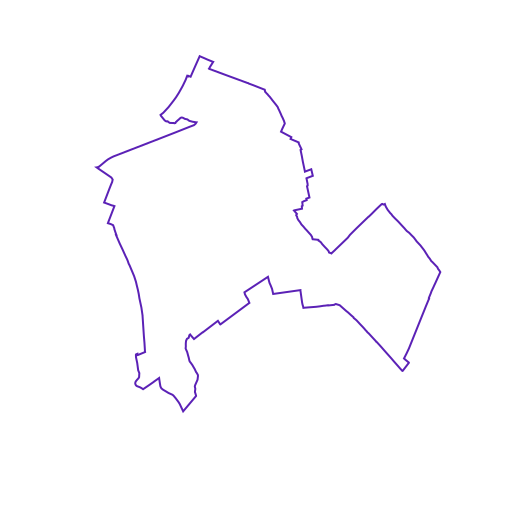 the district of Castelu, Constanta, Romania, rotated 109°
{"feature_id": "2599482B70858783646654", "entity_name": "Castelu", "entity_type": "district", "adm_level": 2, "iso_a3": "ROU", "parent_name": "Romania", "parent_adm1": "Constanta", "projection": "natural_earth1", "projection_center": [28.385, 44.29], "detail": "fine", "context": "isolated", "style": "outline", "palette": "violet", "viewbox_px": 512, "rotation_deg": 109, "n_neighbors": 0, "source": "geoboundaries", "source_scale": "gbopen_adm2", "svg_char_len": 5843}
<svg xmlns="http://www.w3.org/2000/svg" viewBox="0 0 512 512"><g transform="rotate(109 256 256)"><path d="M95.9,301.9L95.9,302.0L95.9,303.0L95.4,314.2L95.3,319.1L95.1,319.5L95.1,320.0L95.2,320.4L95.0,328.9L94.7,343.9L94.3,361.1L94.2,361.4L93.9,361.3L93.7,361.2L93.2,361.2L92.4,361.1L86.4,359.7L86.4,360.4L86.3,361.7L86.1,365.7L85.8,369.1L85.5,373.2L85.4,374.3L98.0,375.4L107.8,376.2L107.7,378.6L108.1,378.7L107.9,379.0L107.9,379.7L109.4,379.8L110.5,379.8L112.6,379.9L116.0,380.3L118.6,380.6L121.0,381.0L127.0,382.1L132.0,383.3L135.9,384.5L143.8,387.2L150.8,390.3L153.7,392.2L154.4,391.5L157.4,386.7L157.9,385.3L157.8,384.8L157.9,384.5L157.4,383.4L157.9,382.3L158.2,380.7L157.3,377.9L157.0,377.1L157.1,376.5L156.5,375.5L155.7,375.4L155.3,375.3L154.6,374.8L153.8,374.5L152.0,373.4L150.1,372.4L149.4,371.7L149.1,370.5L149.2,369.3L149.4,368.6L149.5,367.9L149.2,365.5L149.3,364.9L149.8,363.6L149.9,362.6L149.7,359.7L149.1,356.2L149.0,355.8L150.4,356.1L151.2,356.5L152.4,357.2L152.6,357.4L155.5,360.9L165.8,372.9L176.9,386.0L208.2,423.1L210.1,425.0L212.7,427.3L215.2,429.0L222.0,433.1L221.9,433.1L222.6,433.5L223.2,434.2L223.8,434.9L224.1,435.5L224.8,433.2L225.4,431.0L226.6,426.6L228.3,420.4L228.9,418.3L230.4,416.4L232.9,416.1L235.5,416.3L240.0,416.5L254.9,417.0L254.9,416.9L255.0,411.6L255.1,409.1L254.9,407.0L254.9,406.1L272.3,406.7L273.2,406.7L273.1,403.8L273.2,402.7L273.4,401.1L275.0,399.8L275.8,399.1L276.8,398.6L277.3,398.2L279.4,396.6L280.4,395.8L281.1,395.3L281.5,394.9L281.7,395.2L288.6,388.9L293.4,384.2L296.8,381.0L297.3,380.5L298.1,379.8L300.3,377.6L301.0,376.9L302.6,375.5L304.3,374.2L304.7,373.9L306.1,372.4L311.9,367.2L314.7,364.7L319.5,361.1L322.7,359.1L326.4,356.7L330.1,354.5L333.9,352.5L342.2,347.5L349.4,343.8L349.5,343.8L368.3,335.9L374.4,333.2L381.4,330.3L381.7,330.2L382.9,329.6L388.3,335.7L388.3,335.8L387.1,336.3L387.8,337.1L388.1,337.4L388.5,337.4L390.8,336.5L395.8,333.5L402.4,330.2L404.7,328.2L408.6,327.1L409.4,327.2L410.3,327.5L411.9,328.2L413.6,328.8L414.2,328.9L414.6,328.9L415.5,328.8L416.2,328.5L417.0,327.8L417.4,327.3L417.7,326.6L417.8,326.0L417.9,322.9L418.2,321.2L418.7,319.4L413.1,315.2L408.3,311.7L408.2,311.7L402.9,307.9L404.3,307.2L408.1,305.2L410.3,304.0L411.4,303.0L412.0,302.2L412.3,301.4L412.7,300.3L413.3,297.3L414.0,294.1L414.2,292.0L414.4,289.8L414.9,288.5L416.6,285.7L418.3,283.2L419.4,281.6L420.8,279.9L426.6,274.3L407.9,267.1L407.4,267.3L406.5,268.0L405.6,268.6L404.6,269.4L403.6,269.7L402.3,269.9L401.0,270.3L400.1,270.9L399.2,271.4L398.0,271.5L396.8,271.4L392.0,271.0L389.7,271.5L388.3,271.8L387.3,272.3L385.9,273.9L385.2,274.9L382.8,277.2L381.8,278.4L379.8,280.7L378.1,283.1L377.5,284.1L376.8,284.8L373.9,286.6L371.9,288.0L370.4,289.0L369.1,289.9L367.1,291.8L366.2,292.5L364.7,292.8L363.0,293.4L361.9,293.8L360.4,294.2L359.0,294.5L357.5,294.4L356.8,294.3L356.4,294.0L355.8,293.4L355.2,293.0L353.0,293.2L352.1,293.1L351.6,292.7L352.2,291.9L354.7,287.6L345.5,281.6L345.5,281.4L330.0,271.1L329.7,270.9L332.3,267.6L332.3,267.4L302.5,247.0L302.3,247.2L300.5,248.7L299.1,250.0L298.0,251.6L295.9,253.9L294.1,255.1L271.8,237.9L275.2,235.7L277.1,234.4L279.0,232.6L281.9,230.1L286.3,227.4L273.8,202.9L274.1,202.8L274.7,202.5L284.9,197.3L286.1,196.6L287.2,195.9L288.1,195.2L289.6,194.3L289.4,193.9L289.0,193.1L288.0,190.8L284.5,182.7L283.0,179.6L281.1,176.0L280.3,174.2L279.1,171.9L279.3,171.7L276.8,166.3L276.7,166.3L275.4,164.9L275.4,164.2L275.3,161.7L275.3,160.8L278.7,152.6L279.3,150.8L279.9,149.4L281.0,146.9L281.8,144.9L282.2,143.9L282.9,143.3L283.0,142.8L284.0,140.2L284.4,139.4L285.8,136.8L286.2,136.1L288.2,132.2L289.4,130.0L290.5,128.2L290.9,127.4L291.4,126.4L291.8,126.0L291.9,125.7L292.5,124.2L295.7,118.3L297.2,115.5L298.0,114.3L298.0,114.2L297.9,114.1L298.2,113.5L301.5,107.5L303.0,104.9L305.1,101.2L308.8,94.6L310.7,91.4L314.1,85.4L314.4,84.9L315.5,83.0L317.0,80.2L316.8,79.9L307.2,76.7L307.0,76.8L305.5,80.8L304.7,82.7L299.1,81.9L293.6,81.3L257.9,79.5L252.3,79.2L248.1,79.0L245.0,78.8L241.6,78.6L239.9,78.4L239.6,78.7L239.5,78.9L234.2,78.6L233.0,78.6L232.3,78.6L227.9,78.1L225.6,77.9L223.9,77.7L211.2,76.5L209.9,78.1L208.8,79.8L207.6,80.8L204.2,87.4L203.8,88.5L203.5,88.9L201.9,90.9L200.5,93.2L199.9,93.8L199.1,94.8L198.0,96.2L196.1,98.5L194.8,100.4L193.9,101.8L192.7,103.6L192.5,103.9L189.7,109.2L189.3,109.6L189.0,110.1L187.1,112.9L185.8,115.6L184.2,118.7L183.3,121.5L182.3,123.3L181.5,124.6L179.8,127.8L177.3,132.4L176.6,133.8L175.3,136.6L173.5,140.1L172.4,141.6L171.7,143.1L170.9,144.3L169.5,146.5L167.0,149.4L164.9,151.1L165.7,151.8L165.9,152.4L165.6,153.3L165.8,153.8L166.1,154.1L169.3,155.8L172.6,157.5L178.4,160.3L182.1,162.2L182.2,162.4L196.9,169.9L205.3,174.0L207.7,174.8L208.4,175.0L209.1,175.3L224.3,183.1L224.6,183.2L228.1,185.1L228.8,185.4L228.6,185.7L229.0,186.3L228.9,188.1L228.5,188.3L227.5,189.3L226.3,191.4L225.1,193.8L223.2,197.3L221.9,199.1L221.8,199.5L221.4,200.5L221.1,201.9L220.4,202.3L221.7,207.9L221.2,208.3L219.7,209.2L218.2,211.0L216.9,213.4L215.1,216.6L214.3,218.2L212.7,220.8L211.4,223.3L209.6,225.5L208.2,227.7L206.7,229.3L205.4,230.0L204.5,231.2L204.0,231.3L202.9,231.0L200.6,234.9L200.4,234.7L196.3,227.9L194.0,228.9L193.2,228.3L190.0,229.8L188.6,228.6L186.7,226.3L185.4,227.1L183.3,224.5L173.4,230.5L173.1,230.4L172.8,230.2L172.6,230.1L171.0,230.7L170.0,231.3L168.1,232.4L166.1,233.6L165.8,233.3L161.7,228.4L156.0,232.0L160.3,237.2L160.1,237.3L155.6,240.0L151.6,242.4L146.6,245.2L141.2,248.4L140.3,247.7L135.7,252.2L134.7,252.6L134.1,261.4L132.1,261.3L131.2,267.1L130.3,272.8L127.5,272.6L123.0,272.1L121.5,271.9L121.2,272.0L120.4,272.6L120.1,272.9L119.4,273.3L116.5,276.0L115.3,277.3L113.7,278.7L110.2,282.0L109.4,282.9L108.5,283.6L108.0,284.1L106.7,286.0L102.9,292.0L102.2,292.9L101.9,293.5L101.0,294.8L100.2,296.4L99.1,298.1L99.0,298.6L98.0,300.2L97.8,300.8L97.5,301.0L96.5,301.5L95.9,301.9Z" fill="none" stroke="#5b21b6" stroke-width="2"/></g></svg>